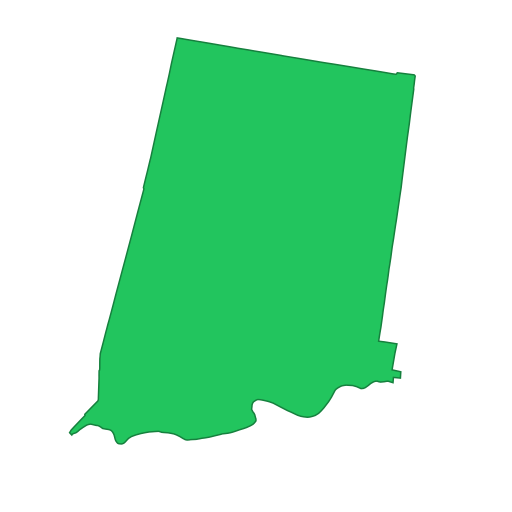 outline of Cosambesti, Ialomita, Romania, rotated 188°
{"feature_id": "2599482B78625635901926", "entity_name": "Cosambesti", "entity_type": "district", "adm_level": 2, "iso_a3": "ROU", "parent_name": "Romania", "parent_adm1": "Ialomita", "projection": "orthographic", "projection_center": [27.459, 44.535], "detail": "fine", "context": "isolated", "style": "filled", "palette": "green", "viewbox_px": 512, "rotation_deg": 188, "n_neighbors": 0, "source": "geoboundaries", "source_scale": "gbopen_adm2", "svg_char_len": 3604}
<svg xmlns="http://www.w3.org/2000/svg" viewBox="0 0 512 512"><g transform="rotate(188 256 256)"><path d="M233.7,91.6L233.4,92.2L233.1,92.7L233.4,94.6L233.9,95.6L235.2,98.7L236.2,100.1L237.3,101.1L239.0,103.5L239.1,106.8L239.2,108.1L238.7,110.3L238.1,111.3L236.1,113.1L234.9,113.9L233.7,114.2L231.6,114.3L229.2,114.2L226.8,114.0L224.6,113.8L222.4,113.5L218.5,112.7L214.6,111.3L210.7,109.9L203.3,107.3L199.3,106.2L196.8,105.4L192.6,104.1L189.2,103.5L186.2,103.4L182.6,103.5L180.2,104.1L177.5,105.2L175.1,106.4L173.8,107.5L172.1,108.9L169.9,111.7L167.7,115.0L163.8,121.9L161.6,126.8L159.0,134.0L158.2,135.2L156.8,136.6L154.9,138.1L153.1,139.3L150.8,140.1L148.6,140.7L147.1,140.8L142.2,141.2L138.0,140.6L133.5,139.3L131.1,139.9L129.3,141.0L128.7,141.6L126.8,143.4L124.6,145.8L122.0,147.8L120.3,148.6L118.6,148.9L117.0,148.6L115.1,148.5L111.4,149.4L110.2,149.8L108.9,150.2L107.7,150.4L106.5,150.2L102.7,149.6L103.0,154.9L96.0,155.2L96.5,161.5L105.4,162.2L104.9,178.8L104.2,188.6L116.4,188.8L122.7,188.7L122.6,196.6L122.4,202.8L122.4,203.5L122.4,211.0L122.4,213.8L122.5,219.8L122.4,227.8L122.5,236.9L122.5,245.4L122.4,249.7L122.4,254.5L122.5,262.3L122.4,265.3L122.3,273.3L122.4,284.0L122.2,292.5L122.2,296.0L122.1,306.6L122.0,310.8L121.9,330.6L121.9,333.6L121.9,334.5L121.8,344.1L122.0,352.7L122.5,386.4L122.6,395.0L122.6,408.0L122.8,418.9L122.9,430.6L123.0,443.3L123.3,444.3L123.3,448.3L123.4,452.0L123.4,456.3L123.7,456.7L124.4,457.3L125.0,457.4L141.6,457.1L142.1,455.9L142.7,455.4L146.5,455.4L152.3,455.6L155.9,455.7L163.4,455.9L170.0,456.0L175.3,456.1L186.9,456.4L200.8,456.7L205.8,456.8L214.1,456.9L219.3,457.0L258.3,458.0L258.5,458.1L277.4,458.6L286.7,458.8L292.2,459.0L298.1,459.1L303.3,459.2L304.9,459.3L313.7,459.6L321.3,459.8L327.0,460.0L327.9,460.0L350.3,460.6L357.1,460.8L359.1,460.9L364.1,461.0L364.4,461.0L364.4,460.6L365.1,452.0L365.5,447.3L366.6,433.9L366.6,433.6L367.2,424.1L367.9,415.2L368.3,411.0L368.6,406.8L369.5,395.2L371.8,366.4L374.0,337.6L374.1,337.3L375.3,324.8L376.0,318.3L377.0,308.0L376.7,307.4L376.3,306.9L379.2,283.0L382.0,259.0L382.5,254.9L384.6,237.6L384.9,235.1L386.3,223.8L389.4,198.6L390.4,189.7L391.3,182.1L392.5,172.3L393.2,167.3L393.7,162.7L394.0,160.5L395.2,149.6L396.6,137.7L396.4,135.1L396.3,132.4L396.2,131.6L395.9,129.1L395.1,123.2L395.0,121.2L395.4,120.5L394.8,115.8L394.4,113.1L392.3,93.1L392.2,92.7L392.2,91.8L392.2,91.2L392.3,90.8L392.6,90.2L398.1,82.8L403.5,75.4L403.1,74.2L405.7,70.7L407.8,67.8L412.1,61.8L414.8,57.9L416.0,55.1L414.8,54.1L413.5,53.1L413.3,53.7L412.7,54.3L411.8,54.9L410.5,55.5L409.6,56.0L408.2,57.3L407.2,58.5L406.1,59.8L404.9,60.8L403.8,61.9L402.6,62.9L400.1,65.0L398.3,65.9L396.5,66.5L394.7,66.4L392.7,66.2L390.7,66.0L389.4,66.1L388.1,65.9L386.6,65.3L385.3,64.7L384.0,63.9L382.7,63.8L380.8,63.7L378.9,63.7L377.0,63.6L375.5,63.2L374.5,62.6L373.4,61.6L372.2,60.0L371.6,59.0L370.8,57.1L370.0,55.1L369.2,53.6L368.4,52.7L367.5,51.8L366.8,51.3L366.1,51.1L365.4,51.0L364.5,51.1L363.3,51.1L362.1,51.5L360.8,52.3L359.6,53.7L358.1,55.9L356.8,57.7L354.2,59.9L350.1,62.1L345.5,64.1L341.6,65.5L337.3,66.9L334.0,67.6L331.8,68.1L328.3,68.8L327.6,68.8L324.7,68.3L322.7,68.4L318.5,68.7L315.8,68.6L312.5,68.4L309.9,67.8L306.2,66.6L303.0,65.2L300.5,64.3L298.8,64.2L297.0,64.5L295.1,65.1L292.4,65.6L289.8,66.1L286.4,67.2L284.2,68.0L281.2,68.8L277.4,70.0L275.1,70.9L272.4,72.0L269.9,73.0L266.3,74.4L264.6,75.2L261.4,76.0L259.2,76.6L256.6,77.5L254.3,78.5L250.9,80.2L248.2,81.6L244.1,83.5L241.4,84.9L239.7,86.0L238.1,87.0L235.6,88.9L235.1,89.6L234.9,89.8L234.7,90.0L234.1,91.0L233.8,91.4L233.7,91.6Z" fill="#22c55e" stroke="#15803d" stroke-width="1.5"/></g></svg>